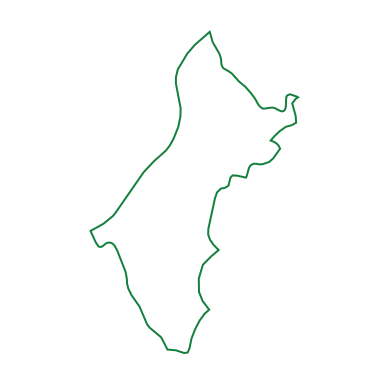 the border of Central, rotated 185°
{"feature_id": "PRY-607", "entity_name": "Central", "entity_type": "Department", "adm_level": 1, "iso_a3": "PRY", "parent_name": "Paraguay", "parent_adm1": "", "projection": "natural_earth1", "projection_center": [-57.553, -25.559], "detail": "fine", "context": "isolated", "style": "outline", "palette": "green", "viewbox_px": 384, "rotation_deg": 185, "n_neighbors": 0, "source": "natural_earth", "source_scale": "10m", "svg_char_len": 1639}
<svg xmlns="http://www.w3.org/2000/svg" viewBox="0 0 384 384"><g transform="rotate(185 192 192)"><path d="M148.2,212.2L152.9,212.1L154.9,209.9L156.2,201.6L159.5,199.0L163.5,197.9L167.0,193.9L168.6,187.6L172.5,156.6L172.1,150.8L170.0,146.2L166.0,141.3L160.4,136.5L167.4,129.4L174.8,120.5L177.7,106.3L176.3,93.0L171.8,84.1L164.6,76.3L168.7,72.0L173.2,64.6L177.0,55.4L179.8,45.6L180.8,36.5L182.3,31.7L185.9,30.9L194.2,32.9L202.7,32.9L209.5,43.8L210.4,44.8L222.4,53.2L225.2,56.3L234.3,73.3L243.3,84.0L247.0,90.2L248.6,94.7L249.4,100.1L251.3,106.9L261.5,127.4L264.5,131.8L266.4,133.5L268.5,134.4L270.6,134.4L272.4,133.8L273.5,133.0L275.6,130.9L277.1,129.7L278.4,129.3L280.3,129.5L283.6,133.6L289.7,144.4L277.5,152.6L268.9,161.0L266.9,163.7L241.9,207.5L232.3,219.7L221.7,230.9L218.2,236.3L215.0,243.5L211.3,255.8L210.1,266.3L210.6,274.3L217.5,298.7L218.0,305.0L216.9,312.7L208.9,329.2L202.2,338.6L188.3,353.1L184.4,343.0L176.9,332.3L175.3,328.8L174.4,325.8L173.9,322.0L172.9,319.8L171.7,318.1L165.7,315.3L162.5,313.4L154.7,306.1L147.8,301.3L141.3,295.0L137.3,290.4L133.3,284.5L130.9,282.4L128.9,281.3L127.1,281.4L120.8,282.9L119.0,283.1L117.0,282.8L111.0,280.4L109.5,280.2L108.1,280.5L106.9,281.6L106.2,283.2L106.0,286.1L106.3,292.1L106.3,294.6L105.9,296.1L104.3,297.2L102.8,297.9L95.6,296.1L94.6,295.6L96.7,294.0L99.9,289.0L95.4,277.0L94.3,270.1L98.8,267.1L104.2,265.1L109.9,260.3L114.9,254.6L118.1,250.1L114.9,249.2L112.1,247.8L109.8,245.8L108.0,242.8L114.1,232.5L117.8,228.6L124.2,225.8L127.5,225.4L130.6,225.7L133.5,225.4L136.3,223.3L137.4,220.6L138.9,212.6L139.5,211.0L148.2,212.2Z" fill="none" stroke="#15803d" stroke-width="2"/></g></svg>